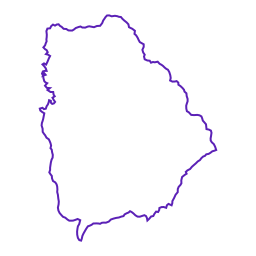 Santa Terezinha, Santa Catarina, Brazil
{"feature_id": "56859067B30252658658314", "entity_name": "Santa Terezinha", "entity_type": "district", "adm_level": 2, "iso_a3": "BRA", "parent_name": "Brazil", "parent_adm1": "Santa Catarina", "projection": "robinson", "projection_center": [-50.015, -26.671], "detail": "fine", "context": "isolated", "style": "outline", "palette": "violet", "viewbox_px": 256, "rotation_deg": 0, "n_neighbors": 0, "source": "geoboundaries", "source_scale": "gbopen_adm2", "svg_char_len": 3575}
<svg xmlns="http://www.w3.org/2000/svg" viewBox="0 0 256 256"><path d="M66.3,29.0L63.6,28.8L61.7,26.9L59.9,25.8L58.6,24.3L56.8,24.5L55.0,25.6L53.0,24.6L51.2,26.1L50.1,28.3L47.4,28.6L46.4,31.1L46.8,34.6L46.7,37.1L46.4,39.4L46.6,41.4L45.8,43.1L45.1,45.3L43.4,47.4L45.1,49.2L46.6,50.1L47.7,52.2L46.0,54.1L48.1,54.7L50.1,56.0L48.9,58.3L47.5,61.7L46.1,64.6L44.0,63.4L42.5,64.4L44.2,66.2L45.8,68.4L46.6,70.9L44.6,70.9L42.9,71.4L42.0,73.6L43.1,75.7L43.5,78.4L44.3,81.2L45.6,82.5L47.2,83.2L45.0,85.7L46.9,87.9L49.8,88.1L47.5,90.0L50.5,92.0L53.2,92.0L53.6,94.7L54.7,96.3L52.5,97.7L53.8,100.1L55.1,101.9L53.9,103.4L52.2,103.9L50.9,102.7L50.8,100.8L49.1,100.2L48.7,102.2L47.9,104.4L46.6,106.3L45.8,108.7L43.9,109.1L42.5,107.8L39.8,108.6L40.3,110.5L42.3,112.1L44.3,113.3L43.7,116.3L43.2,118.9L42.6,121.0L41.9,123.0L41.6,125.5L42.6,128.7L42.7,131.9L43.9,133.7L45.1,135.2L46.5,137.7L48.8,139.3L49.7,141.2L50.5,143.2L51.1,145.6L50.5,148.2L51.7,149.6L52.1,152.2L52.8,154.9L52.6,157.7L51.6,159.6L50.9,162.3L50.5,164.9L50.1,167.7L50.1,170.0L49.3,172.4L50.6,174.4L51.8,175.9L52.0,178.3L53.0,181.0L55.3,182.4L56.6,184.4L57.2,186.6L57.4,189.4L57.2,192.0L57.9,194.8L58.3,198.5L58.8,201.5L58.6,204.3L57.9,207.6L58.4,210.5L59.6,213.0L61.5,215.2L63.0,216.8L65.3,217.7L67.4,219.5L69.3,220.7L71.3,220.7L73.1,220.6L75.0,220.0L77.6,219.0L80.2,220.2L79.2,224.1L77.9,226.3L77.5,228.4L77.1,231.4L77.2,234.7L77.9,237.9L79.3,240.1L81.1,240.6L81.8,238.6L82.4,235.9L83.5,233.5L84.7,231.4L86.2,228.8L87.9,226.3L89.7,225.7L91.6,224.8L93.3,223.5L96.6,223.4L98.4,223.5L100.1,223.8L101.8,222.8L103.8,222.6L105.9,222.7L108.8,221.6L110.9,219.5L113.5,218.6L116.2,217.9L118.9,217.5L121.3,216.6L123.5,216.1L124.6,214.4L126.6,213.3L128.6,212.5L130.0,211.2L131.6,212.0L133.4,213.4L135.4,215.3L137.5,216.6L139.8,216.7L141.9,216.0L144.4,215.2L146.0,216.1L146.9,217.9L147.4,220.5L149.2,218.8L151.1,216.5L153.3,216.0L154.5,213.7L156.1,211.6L158.1,212.0L159.2,210.0L159.4,208.0L161.5,207.1L163.6,207.0L166.2,207.8L166.9,205.3L168.5,203.9L171.6,205.3L172.3,203.2L172.4,201.1L174.1,198.0L175.6,194.7L177.7,192.2L177.8,189.0L178.7,186.8L180.4,185.0L181.4,183.3L181.3,180.3L182.1,177.0L184.7,174.9L186.6,173.7L185.8,171.9L187.4,170.4L190.1,169.0L191.9,166.8L193.7,165.2L195.8,163.4L197.8,161.4L199.9,160.1L201.4,158.1L203.2,156.5L204.9,155.9L206.3,154.3L208.6,153.9L210.4,152.8L212.3,151.3L214.4,150.7L216.2,150.0L215.1,146.7L213.8,144.1L211.8,142.3L210.7,140.5L210.6,138.4L211.0,136.2L211.5,132.8L210.9,130.6L208.9,129.6L206.5,129.1L206.3,127.1L206.0,124.3L204.4,122.4L202.8,120.6L202.2,118.4L201.4,116.4L199.5,115.3L197.3,114.9L194.0,115.1L191.2,114.9L188.8,112.3L186.9,111.2L186.3,108.6L186.2,105.7L186.8,103.6L187.6,101.3L187.6,98.9L186.7,96.1L186.4,93.3L184.5,91.6L184.0,89.8L182.6,88.1L180.5,86.1L178.4,84.7L178.3,82.6L176.6,81.1L175.0,81.5L172.4,81.6L170.1,80.5L170.7,78.0L170.3,75.3L169.3,72.1L167.9,69.7L166.3,68.9L164.6,67.5L163.1,66.0L161.5,64.8L159.6,63.8L157.7,61.7L154.8,62.3L152.9,62.0L151.0,62.7L149.7,60.7L147.4,60.5L144.7,59.3L144.0,56.5L144.7,54.7L143.2,52.5L142.4,49.8L143.7,46.9L143.7,44.3L141.4,43.0L139.8,42.1L138.7,40.1L137.6,37.7L136.1,35.3L134.5,33.9L134.9,30.8L132.3,28.8L129.0,27.2L128.4,24.3L126.6,22.4L124.1,20.4L122.4,18.8L120.9,17.0L118.9,16.8L117.3,16.2L114.9,15.8L111.7,16.3L109.2,15.4L107.0,15.5L105.5,17.1L104.4,18.8L103.2,20.5L102.2,23.1L100.1,25.8L96.9,26.0L94.0,27.2L91.4,26.7L89.3,26.3L87.7,26.6L85.2,27.6L82.3,27.5L80.5,26.5L78.6,27.0L75.8,28.0L73.8,29.6L72.3,30.5L70.3,30.5L68.4,30.4L66.3,29.0ZM43.1,75.7L44.3,73.3L45.6,74.8L43.1,75.7Z" fill="none" stroke="#5b21b6" stroke-width="2"/></svg>